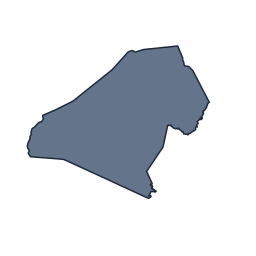 outline of El Paraiso, Copán, Honduras, rotated 228°
{"feature_id": "27666195B24019943465841", "entity_name": "El Paraiso", "entity_type": "district", "adm_level": 2, "iso_a3": "HND", "parent_name": "Honduras", "parent_adm1": "Copán", "projection": "robinson", "projection_center": [-89.052, 15.058], "detail": "fine", "context": "isolated", "style": "filled", "palette": "slate", "viewbox_px": 256, "rotation_deg": 228, "n_neighbors": 0, "source": "geoboundaries", "source_scale": "gbopen_adm2", "svg_char_len": 4537}
<svg xmlns="http://www.w3.org/2000/svg" viewBox="0 0 256 256"><g transform="rotate(228 128 128)"><path d="M92.8,205.6L127.4,214.6L128.6,214.6L129.2,214.5L129.9,214.4L130.5,214.5L131.3,214.4L132.2,214.4L133.0,214.2L133.8,213.8L134.7,212.9L135.3,212.4L135.9,212.0L136.5,211.8L137.5,212.0L138.1,212.4L138.6,212.8L139.4,213.3L140.2,213.6L141.5,214.1L142.2,214.4L143.7,215.6L155.7,219.8L175.9,192.1L179.7,183.9L180.4,183.8L181.2,183.7L181.5,183.6L182.4,183.1L182.8,182.9L183.0,182.7L183.2,181.7L183.3,181.6L183.5,181.4L184.0,180.1L184.4,179.0L181.9,155.4L184.8,105.0L190.7,83.8L190.9,83.6L194.4,73.2L193.8,72.4L192.8,71.9L192.1,71.6L191.2,70.8L190.6,68.5L190.6,67.5L191.3,66.6L191.7,65.6L191.7,63.6L191.5,61.7L191.4,60.4L191.2,59.1L191.3,58.1L191.7,56.8L191.7,56.2L190.8,54.9L189.5,52.8L189.0,52.4L188.0,52.2L187.7,50.8L187.3,49.6L186.5,48.6L185.6,48.1L184.8,46.1L184.1,44.3L183.0,42.4L181.8,40.9L180.1,40.1L179.1,39.9L178.3,39.7L177.5,39.5L177.1,39.3L176.5,37.8L175.9,37.0L174.8,36.7L173.4,36.6L173.1,36.6L172.5,36.4L172.0,36.2L149.6,57.5L147.6,59.2L127.6,67.9L62.3,96.0L62.1,96.3L61.9,96.6L61.8,97.0L61.7,97.2L61.7,97.5L61.6,98.1L61.6,98.6L61.7,99.1L61.8,99.3L61.9,99.5L62.0,99.5L62.3,99.5L62.5,99.4L62.7,99.2L62.8,99.1L62.9,98.8L63.1,98.5L63.3,98.3L63.6,98.1L63.8,98.1L64.2,100.0L64.3,100.2L64.6,100.8L64.9,101.4L65.1,102.0L65.3,102.5L65.1,102.9L64.5,103.5L63.7,104.2L63.6,104.3L63.6,104.7L63.5,104.9L63.5,105.0L63.4,105.1L63.1,105.2L62.8,105.0L62.7,105.0L62.4,105.2L62.2,105.6L62.1,105.9L62.1,106.1L62.1,106.4L62.1,106.5L62.3,106.6L63.0,106.4L63.5,106.3L63.6,106.1L63.9,105.9L64.2,105.8L64.3,105.8L64.5,105.9L64.6,106.1L64.8,106.2L65.1,106.1L65.3,105.7L65.5,105.5L65.8,105.5L66.0,105.6L66.2,105.8L66.3,105.8L66.5,105.7L66.7,105.3L66.8,105.2L67.1,105.2L67.3,105.2L67.5,105.2L67.6,105.3L67.7,105.6L67.7,105.8L67.6,106.1L67.6,106.5L67.9,106.8L68.0,107.0L68.4,107.1L68.7,107.1L68.8,107.1L69.0,106.9L69.2,107.0L69.3,107.1L69.3,107.4L69.3,107.5L69.5,107.6L69.8,107.6L70.0,107.5L70.0,107.4L70.1,107.2L70.0,106.9L70.1,106.7L70.3,106.5L70.5,106.5L70.8,106.6L70.9,106.9L70.9,107.3L70.9,107.6L70.8,108.0L70.7,108.3L70.6,108.8L83.3,112.8L90.4,141.2L103.3,159.2L103.2,159.8L102.8,159.9L102.5,160.1L102.3,160.3L101.9,160.7L101.8,161.0L101.7,161.1L101.7,161.3L101.7,161.6L101.5,161.8L101.4,161.8L101.0,161.7L100.7,161.6L100.3,161.3L100.1,161.3L99.8,161.4L99.4,161.6L99.0,161.7L98.6,161.7L98.1,161.7L97.9,161.7L97.6,161.8L97.1,162.1L96.6,162.3L96.4,162.4L96.0,162.5L95.9,162.5L95.7,162.7L95.5,163.3L95.4,163.7L95.3,163.8L95.2,163.9L94.9,163.9L94.6,163.9L94.1,164.2L93.9,164.4L93.9,164.5L94.1,164.8L94.1,165.0L94.0,165.5L93.9,165.6L93.7,165.6L93.4,165.4L93.2,165.4L92.9,165.3L92.3,165.3L92.1,165.3L91.8,165.4L91.2,165.6L90.6,165.7L89.8,165.7L89.6,165.7L89.2,165.5L88.9,165.5L88.7,165.6L88.6,165.8L88.6,166.0L88.4,166.2L88.1,166.1L87.2,165.9L86.9,165.8L86.4,165.5L86.2,165.5L85.5,166.2L83.9,167.6L83.6,168.0L83.4,168.2L83.3,167.9L83.2,167.8L82.9,168.0L82.8,168.4L82.9,168.6L83.0,168.7L83.1,168.8L83.3,169.0L83.2,169.3L83.1,169.5L82.8,169.8L82.7,170.0L82.5,170.4L82.4,170.9L82.3,171.1L82.3,171.3L82.4,171.6L82.5,172.0L82.5,172.3L82.5,172.5L82.3,173.1L82.1,173.5L82.0,173.8L82.0,174.0L82.2,174.3L82.2,174.5L82.1,174.8L81.9,174.9L81.8,175.0L81.6,176.4L81.5,176.9L81.5,177.1L82.2,177.8L82.6,178.1L83.0,178.5L83.2,178.8L83.2,179.0L83.2,179.5L83.0,179.8L82.9,179.9L82.6,179.9L82.5,180.0L82.7,180.3L83.4,180.6L83.7,180.7L84.1,180.8L84.2,181.0L84.2,181.6L84.4,182.6L84.4,182.9L84.4,183.0L84.8,183.2L85.2,183.4L85.4,183.5L85.8,183.4L86.0,183.5L86.4,183.9L86.5,184.2L86.5,184.7L86.5,185.0L86.4,185.5L86.4,186.1L86.7,186.6L86.8,187.1L86.9,187.6L86.8,188.1L86.7,188.3L86.4,188.2L86.2,187.9L86.1,187.7L85.9,187.6L85.7,187.7L85.5,187.9L85.3,188.0L85.2,188.3L85.2,188.5L85.3,188.8L85.4,189.3L85.7,189.7L85.9,190.0L86.1,190.1L86.3,190.2L86.5,190.1L86.6,189.9L86.5,189.6L86.6,189.4L86.8,189.3L87.0,189.4L87.1,189.5L87.2,190.3L87.3,191.0L87.4,191.5L87.4,191.8L87.5,191.9L87.8,192.3L88.0,192.7L88.0,193.0L88.1,193.5L88.2,193.8L88.4,194.0L88.6,194.0L89.0,193.9L89.3,193.9L89.4,194.0L89.5,194.1L89.6,194.3L89.6,194.5L89.5,194.8L89.6,195.1L89.7,195.3L89.8,195.4L90.2,195.4L90.3,195.4L90.3,195.5L90.3,195.8L90.2,196.3L90.1,196.5L90.1,197.1L90.1,197.6L90.2,197.9L90.2,198.2L90.5,198.9L90.6,199.2L90.6,199.5L90.7,199.9L90.7,200.1L90.8,200.3L91.0,200.5L91.3,200.5L91.5,200.6L91.7,200.9L91.7,201.0L91.6,201.3L91.6,201.5L91.7,201.8L92.0,202.2L92.2,202.5L92.8,203.9L92.9,204.1L92.9,204.4L92.9,204.7L92.9,204.9L92.8,205.6Z" fill="#64748b" stroke="#1e293b" stroke-width="1.5"/></g></svg>